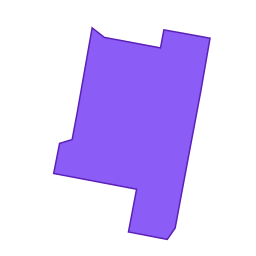 the district of Lamar, Georgia, United States of America, rotated 10°
{"feature_id": "52423323B62389899022657", "entity_name": "Lamar", "entity_type": "district", "adm_level": 2, "iso_a3": "USA", "parent_name": "United States of America", "parent_adm1": "Georgia", "projection": "equal_earth", "projection_center": [-84.155, 33.067], "detail": "fine", "context": "isolated", "style": "filled", "palette": "violet", "viewbox_px": 256, "rotation_deg": 10, "n_neighbors": 0, "source": "geoboundaries", "source_scale": "gbopen_adm2", "svg_char_len": 348}
<svg xmlns="http://www.w3.org/2000/svg" viewBox="0 0 256 256"><g transform="rotate(10 128 128)"><path d="M75.3,35.6L75.3,121.6L75.0,149.1L63.3,155.0L62.7,185.7L147.1,186.8L146.5,230.3L186.0,230.9L191.8,218.4L192.4,157.1L193.3,80.6L193.2,25.3L146.3,25.1L146.1,43.5L88.9,42.9L75.3,35.6Z" fill="#8b5cf6" stroke="#5b21b6" stroke-width="1.5"/></g></svg>